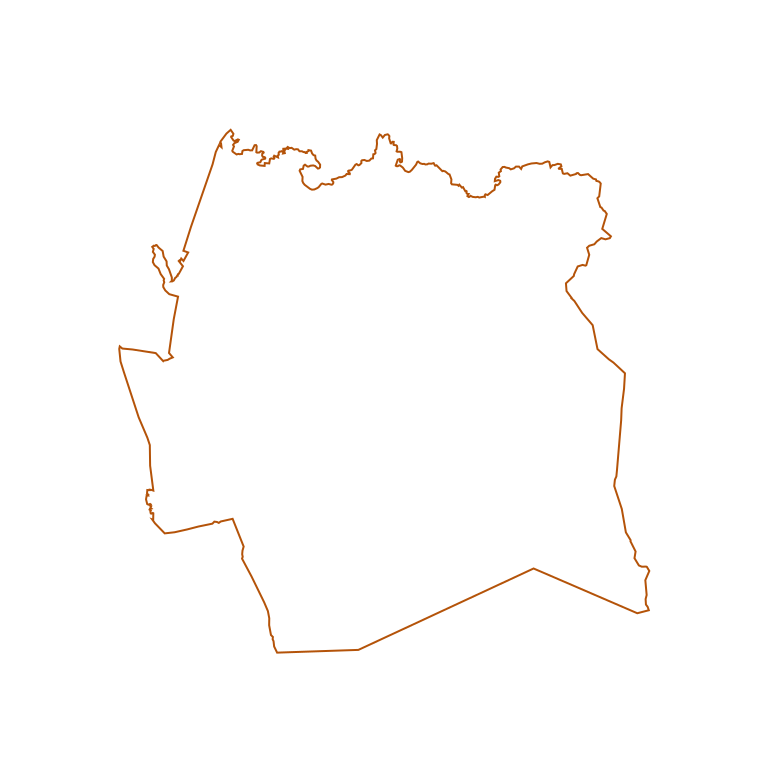 the district of Indras pag., Kraslavas, Latvia, rotated 76°
{"feature_id": "27541924B79959881652965", "entity_name": "Indras pag.", "entity_type": "district", "adm_level": 2, "iso_a3": "LVA", "parent_name": "Latvia", "parent_adm1": "Kraslavas", "projection": "albers", "projection_center": [27.484, 55.869], "detail": "fine", "context": "isolated", "style": "outline", "palette": "amber", "viewbox_px": 768, "rotation_deg": 76, "n_neighbors": 0, "source": "geoboundaries", "source_scale": "gbopen_adm2", "svg_char_len": 6165}
<svg xmlns="http://www.w3.org/2000/svg" viewBox="0 0 768 768"><g transform="rotate(76 384 384)"><path d="M100.3,471.3L102.9,476.3L109.2,484.0L110.5,484.8L111.0,483.9L114.9,484.4L112.2,486.2L118.2,491.1L129.4,497.2L184.7,533.2L206.2,546.4L209.0,542.2L216.1,548.8L213.2,550.4L215.6,552.3L214.6,552.7L215.0,553.4L221.1,550.6L227.5,556.5L227.6,557.3L228.9,557.9L228.7,558.3L230.1,559.7L230.5,560.9L232.7,562.9L233.2,564.6L233.0,565.6L232.6,564.9L229.3,564.1L220.6,564.9L216.5,566.1L212.4,565.3L207.1,567.0L201.4,566.6L197.1,569.7L194.2,571.0L194.0,571.5L194.6,573.0L194.1,574.0L194.9,575.7L197.2,574.8L199.9,576.3L203.1,575.0L205.0,575.8L206.8,577.7L209.8,578.8L213.2,577.9L217.4,574.9L223.3,574.1L228.8,571.9L230.1,572.7L232.1,572.6L234.5,574.3L236.6,574.7L240.3,573.6L244.9,570.6L249.4,562.7L270.2,572.3L301.9,585.1L307.1,582.5L307.6,585.9L308.3,588.1L308.1,592.3L308.4,592.7L298.8,598.0L289.7,619.6L286.3,629.3L283.6,631.3L285.9,632.4L298.4,634.2L309.8,633.5L357.0,630.1L378.9,626.6L386.6,626.0L406.7,630.7L431.6,633.6L430.3,635.7L430.4,636.5L429.9,636.7L429.7,637.3L430.1,637.9L429.6,639.3L432.8,640.4L434.3,639.6L434.4,640.7L435.1,640.3L434.9,641.3L438.3,642.8L443.2,642.8L444.1,641.8L443.8,640.0L444.5,639.4L445.5,640.3L446.2,639.4L447.7,640.6L448.6,639.9L448.7,641.5L449.2,641.9L450.5,640.9L451.3,641.6L453.2,641.6L453.5,641.1L453.2,639.5L453.6,639.1L459.9,640.8L459.3,641.7L463.8,639.9L475.9,632.9L477.2,623.0L477.5,610.0L477.4,598.5L478.0,584.3L476.5,581.9L477.5,579.4L478.8,577.9L477.9,575.7L478.2,563.5L507.8,559.5L511.4,561.6L514.9,562.8L517.5,562.9L519.1,564.0L538.7,559.1L566.8,553.1L576.2,551.6L583.5,552.0L590.3,553.8L600.2,554.4L602.6,553.0L604.7,553.8L606.8,553.4L612.1,554.1L618.8,552.7L635.8,473.2L599.2,283.5L667.7,193.7L667.6,181.8L664.0,182.1L661.4,183.2L656.0,182.2L652.3,180.2L637.6,177.9L629.6,171.8L625.0,173.2L624.6,173.8L623.6,178.1L621.7,180.6L613.6,183.1L607.4,180.4L596.3,182.9L595.2,182.5L586.5,185.2L562.8,183.5L538.7,185.3L532.7,183.1L529.9,180.9L524.0,178.8L476.7,162.7L465.0,159.3L446.6,152.2L431.9,147.6L418.7,156.2L414.5,159.8L401.8,168.4L377.4,167.3L363.0,174.5L349.5,179.2L346.1,181.4L345.9,181.1L338.0,184.4L330.3,183.1L325.1,173.7L323.5,173.0L316.8,167.6L316.5,162.5L317.9,159.9L317.7,159.0L308.3,153.6L300.9,154.0L299.5,151.4L299.3,146.1L297.2,143.1L295.0,137.9L297.2,134.1L297.1,129.6L295.6,128.1L286.3,134.7L272.9,126.7L269.5,128.0L268.9,129.0L265.4,130.3L264.7,131.3L255.4,132.0L254.0,129.8L241.9,125.2L240.4,125.9L239.4,126.7L238.3,128.8L236.8,128.8L235.4,131.3L229.7,135.2L229.1,142.3L228.5,143.3L226.2,144.8L226.1,146.2L226.7,146.9L226.9,152.8L223.9,155.0L223.7,158.4L222.9,159.5L218.3,159.5L217.6,162.1L217.1,162.2L215.7,159.2L213.7,159.3L212.4,162.1L212.8,165.6L212.4,167.6L214.1,170.0L208.5,169.9L207.6,171.3L207.8,174.4L208.5,177.1L208.0,179.7L206.5,182.5L205.7,187.6L205.7,191.3L206.3,197.2L208.5,198.9L205.7,200.4L205.0,203.4L206.2,205.7L206.4,209.1L204.9,210.3L203.4,213.5L202.5,214.5L202.2,216.4L204.1,219.0L205.8,219.1L206.7,221.5L210.4,221.9L210.7,222.9L210.0,224.8L211.7,226.6L214.0,227.4L213.8,223.7L214.9,222.1L215.6,222.1L216.5,222.4L218.2,224.7L218.5,226.3L217.6,227.3L218.0,228.0L222.3,229.8L223.1,232.3L225.7,237.7L224.5,239.7L225.2,240.5L226.8,240.9L226.4,241.4L226.1,246.5L225.1,247.7L225.0,249.8L223.9,252.7L222.3,254.6L223.1,255.8L223.1,256.5L221.8,257.6L220.1,256.0L219.7,257.2L218.5,257.8L217.0,257.2L216.5,257.6L216.5,258.5L212.1,259.7L212.3,260.9L208.8,262.7L209.7,263.7L208.5,264.6L206.7,269.8L205.4,270.3L201.8,269.1L196.5,269.7L196.0,270.6L192.6,273.1L191.5,275.0L191.6,275.9L184.5,280.1L184.6,281.4L184.4,281.7L181.7,282.4L181.7,284.8L180.9,287.5L181.3,288.8L181.0,290.7L180.1,291.8L179.9,293.3L178.7,295.4L176.4,297.1L176.7,298.1L178.9,299.8L183.0,305.2L184.3,307.6L184.3,309.1L182.3,311.9L178.5,313.4L175.9,315.5L175.5,316.3L176.0,318.0L175.6,319.3L175.0,319.8L169.7,316.4L169.5,314.4L169.8,314.1L172.0,314.8L172.9,314.4L172.9,313.2L172.5,312.7L169.2,311.7L163.3,311.0L162.7,311.7L161.8,315.0L161.3,315.5L158.7,314.1L156.2,313.8L155.3,314.4L154.5,316.6L154.0,316.9L151.4,316.0L151.0,317.2L152.3,319.0L152.1,319.3L146.9,319.6L144.8,318.8L143.0,319.6L142.6,320.1L142.6,322.9L144.6,325.6L141.8,326.8L140.8,327.9L145.6,332.0L149.3,332.7L154.2,334.6L155.1,336.2L157.8,336.3L158.6,337.5L158.5,338.8L162.4,340.1L162.2,341.8L163.7,344.1L163.6,345.3L163.4,346.8L161.9,348.8L161.6,351.2L162.2,352.1L164.2,352.5L165.6,354.9L165.6,356.0L164.0,357.3L164.3,358.7L168.3,363.3L168.6,364.6L168.4,366.7L168.7,367.3L169.5,367.4L171.3,366.2L172.1,366.5L171.2,369.5L172.4,371.0L173.1,374.6L172.5,377.6L173.2,380.5L172.9,385.0L173.4,385.3L175.9,384.3L177.1,384.8L177.9,385.9L177.9,386.8L176.5,389.3L176.4,392.5L174.5,395.5L174.8,396.6L177.2,399.8L177.8,401.4L178.4,404.5L178.0,406.9L176.7,408.6L171.5,412.8L169.3,413.8L167.3,414.1L163.3,412.9L156.7,414.3L155.5,413.4L155.7,410.6L152.7,409.1L152.1,407.6L154.5,405.6L154.8,404.5L154.4,402.6L154.8,399.8L155.8,398.1L159.0,396.0L159.0,394.8L158.4,393.7L155.7,392.9L152.4,394.2L150.8,395.4L148.8,395.9L145.7,395.5L144.9,397.0L142.9,398.0L139.9,398.3L138.8,400.7L139.7,401.0L140.1,402.8L141.1,403.0L140.9,404.2L139.8,404.8L139.5,406.0L138.4,407.2L137.7,409.7L135.5,410.7L134.9,412.4L134.9,414.4L132.5,416.5L132.3,418.5L130.7,420.1L131.2,420.8L132.5,420.6L131.8,422.2L132.8,423.3L131.6,423.6L131.4,424.8L132.5,425.1L133.3,424.4L136.0,424.4L135.9,426.1L134.9,425.4L133.3,427.2L133.5,428.2L133.2,429.2L134.3,430.4L136.1,430.6L136.7,431.9L138.5,432.0L135.9,435.3L136.6,436.0L138.3,435.7L138.9,436.4L137.8,438.9L138.1,440.2L142.2,442.0L140.8,446.2L143.5,447.1L141.9,451.6L140.4,453.5L139.2,453.7L138.8,453.2L138.9,450.3L137.1,448.9L136.7,448.1L136.6,444.8L136.0,444.5L135.0,444.9L134.3,446.6L132.9,447.0L131.1,446.4L130.4,444.8L129.6,444.9L128.3,447.1L129.2,449.0L128.8,451.2L128.2,451.8L122.4,450.0L121.2,450.4L121.0,451.8L125.4,455.4L124.9,457.5L123.9,459.0L123.2,463.6L123.7,465.0L126.4,466.1L126.1,468.5L125.5,469.7L125.6,471.5L122.0,474.6L121.0,474.8L117.2,472.1L115.5,472.6L114.1,470.9L113.6,467.4L111.9,465.8L111.3,466.6L112.1,470.2L111.4,471.1L107.3,472.6L106.8,472.3L106.7,470.7L104.8,469.6L100.3,471.3Z" fill="none" stroke="#b45309" stroke-width="2"/></g></svg>